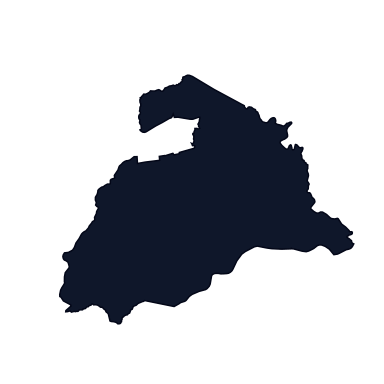 Altos Del Rosario, Bolívar, Colombia (Mercator projection), rotated 169°
{"feature_id": "7082276B5966279744772", "entity_name": "Altos Del Rosario", "entity_type": "district", "adm_level": 2, "iso_a3": "COL", "parent_name": "Colombia", "parent_adm1": "Bolívar", "projection": "mercator", "projection_center": [-74.186, 8.744], "detail": "fine", "context": "isolated", "style": "filled", "palette": "ink", "viewbox_px": 384, "rotation_deg": 169, "n_neighbors": 0, "source": "geoboundaries", "source_scale": "gbopen_adm2", "svg_char_len": 5939}
<svg xmlns="http://www.w3.org/2000/svg" viewBox="0 0 384 384"><g transform="rotate(169 192 192)"><path d="M213.5,299.2L214.6,298.1L217.1,297.2L218.8,296.8L220.8,297.3L221.4,296.8L221.9,295.9L222.3,295.9L223.2,295.4L223.7,294.6L224.7,294.5L224.4,293.5L225.4,293.0L225.4,292.2L225.7,291.8L225.9,289.5L225.5,288.7L225.7,286.9L226.0,286.0L226.8,285.3L227.6,282.4L228.1,281.5L227.6,280.6L227.5,279.6L228.4,277.9L229.0,277.8L229.5,277.2L230.0,275.8L230.1,273.9L229.4,273.0L229.4,272.6L230.3,270.1L229.9,268.5L229.1,266.7L229.6,265.6L229.4,264.8L230.0,263.2L230.5,262.9L231.1,263.0L231.1,262.3L229.3,260.4L228.6,260.0L227.0,259.6L225.6,259.8L214.9,263.8L207.9,265.9L200.4,268.5L198.2,268.8L197.4,269.4L195.6,272.2L195.1,268.6L191.5,268.1L180.2,263.9L178.2,263.4L177.1,263.3L172.1,264.0L170.2,264.0L170.1,263.0L171.0,261.3L171.3,259.7L171.9,259.2L172.4,258.1L172.8,258.0L173.2,257.3L172.8,256.6L173.0,255.1L172.5,253.9L172.3,253.0L173.9,252.6L174.8,253.4L175.3,253.6L175.8,253.4L176.2,253.7L177.0,253.8L177.0,253.0L178.6,250.5L178.6,249.7L179.1,249.1L179.7,249.4L180.0,249.2L180.2,248.4L179.5,246.6L179.7,246.3L179.6,245.8L180.4,243.7L180.1,242.4L180.5,241.4L180.4,240.8L181.1,240.4L181.4,239.6L181.9,239.2L182.4,239.2L183.1,239.7L182.9,239.0L182.7,237.5L182.2,237.2L181.0,237.2L180.5,236.9L180.5,236.2L180.8,235.5L181.6,234.5L196.9,233.2L197.0,232.0L202.6,231.9L203.4,233.6L211.7,232.7L211.9,233.0L217.3,233.2L217.7,229.3L218.2,229.3L232.4,230.3L240.1,230.4L239.2,237.2L242.1,237.7L246.2,235.5L247.1,235.2L248.8,235.0L250.4,235.2L252.4,234.8L254.2,234.0L256.2,232.5L258.1,231.5L258.8,230.7L260.5,227.7L264.8,223.4L265.2,222.7L265.0,221.3L265.5,220.4L268.9,219.9L269.9,219.1L270.6,215.8L271.4,215.5L273.6,215.9L276.3,215.0L278.0,214.1L279.8,214.0L282.6,212.7L284.0,211.6L284.5,209.9L285.6,207.7L287.8,205.3L288.4,202.5L287.9,200.2L288.4,198.8L289.1,197.6L288.1,195.9L287.4,195.5L286.8,194.1L289.3,191.1L290.0,189.0L292.5,185.7L292.7,183.7L293.3,182.6L295.4,181.9L296.5,180.6L299.3,178.3L300.6,176.4L303.9,173.9L305.2,173.7L307.2,172.7L308.5,171.7L311.7,167.8L315.6,164.1L318.0,160.1L320.3,157.7L324.8,156.3L328.8,156.6L330.5,154.7L331.1,153.1L331.0,151.0L330.3,149.6L328.6,148.4L327.1,146.7L326.7,142.4L327.2,141.0L331.8,137.0L333.4,133.0L334.4,128.2L334.3,127.2L335.1,126.0L338.1,122.8L339.7,120.7L341.4,116.6L341.7,114.6L340.7,113.8L339.0,109.6L332.6,104.4L332.6,103.1L338.4,99.7L338.8,98.5L336.9,98.3L335.0,98.5L334.3,98.4L333.3,97.1L330.2,97.3L329.5,96.8L328.3,96.9L326.7,96.6L326.1,96.9L325.1,97.8L322.1,97.2L321.4,97.5L321.1,98.2L319.8,97.9L318.7,98.0L317.5,99.2L315.7,99.2L314.6,100.1L312.8,100.2L311.4,101.3L311.1,101.3L310.1,100.0L308.4,99.8L306.4,99.1L305.2,98.0L303.8,96.4L302.0,95.9L300.8,93.9L299.4,92.4L299.3,90.9L297.6,88.8L297.4,87.9L297.1,81.0L296.0,80.3L293.6,79.6L291.7,78.7L290.8,77.9L289.9,76.7L288.0,76.5L287.1,76.9L286.9,77.8L286.3,77.8L285.9,78.1L285.9,79.2L285.1,80.0L284.6,81.8L283.7,82.4L283.1,82.5L282.0,83.4L280.3,83.8L278.8,83.8L277.9,84.7L276.3,85.1L275.1,87.1L274.8,87.9L273.1,88.3L271.6,90.7L270.4,91.2L268.4,91.5L266.2,92.9L261.5,93.9L260.3,93.9L259.2,94.5L231.4,83.0L226.0,84.8L224.3,85.6L219.9,86.1L218.5,86.7L214.6,90.0L211.4,91.5L204.0,93.1L197.3,93.6L195.6,94.3L193.1,96.2L191.7,98.2L188.8,105.9L187.7,107.1L185.4,107.7L183.7,107.5L181.7,107.1L179.4,106.2L177.3,105.8L173.3,105.3L171.5,105.3L169.5,106.0L167.9,107.0L166.6,108.4L161.1,115.9L155.0,121.5L151.0,123.4L141.2,126.3L138.2,126.4L129.6,122.9L124.7,121.2L114.9,118.8L105.4,117.3L105.2,117.7L104.4,117.1L103.2,116.8L95.2,112.9L91.3,111.6L88.7,111.8L86.0,112.5L83.3,113.3L79.0,115.5L76.7,115.7L74.8,115.2L71.6,113.2L68.1,109.7L64.7,103.4L60.9,103.3L59.2,103.7L51.7,105.9L48.8,106.0L46.9,106.4L45.1,107.7L43.1,110.2L44.3,111.1L44.8,112.2L44.7,113.5L44.8,113.9L46.1,115.3L46.3,115.8L48.4,117.8L48.4,118.4L47.9,119.1L46.7,119.2L46.3,119.8L44.6,119.8L43.2,120.1L42.6,120.7L42.3,122.0L43.0,122.6L44.4,122.8L44.9,123.2L45.2,124.2L47.9,128.3L51.2,131.9L53.6,137.9L54.3,138.4L57.1,138.3L60.1,139.3L61.4,140.4L64.2,144.3L67.7,147.4L69.6,147.8L72.1,147.1L73.9,147.7L76.1,149.6L78.5,152.7L78.5,153.6L77.9,154.6L73.8,158.1L73.3,158.8L73.2,159.2L73.3,161.2L74.2,162.8L75.1,163.6L75.8,167.2L76.2,168.3L76.9,168.9L78.5,169.3L78.9,170.1L79.0,170.8L78.7,171.6L77.3,172.9L76.7,175.2L76.7,176.1L76.2,176.4L75.6,177.3L75.6,177.9L76.6,180.3L76.7,181.3L74.6,185.7L74.4,187.5L75.0,190.7L74.5,192.1L73.9,192.9L73.5,195.0L73.3,195.5L73.2,196.7L74.5,197.6L74.6,198.9L76.1,200.1L76.0,201.5L76.5,202.0L77.0,202.0L77.3,202.6L77.3,203.0L77.8,203.0L77.8,203.3L77.4,206.6L77.9,208.9L77.0,210.3L76.3,210.9L74.9,213.2L74.8,214.3L75.3,214.8L77.2,214.7L78.3,215.3L80.1,218.3L81.2,218.9L81.6,218.7L83.5,214.4L84.4,214.1L85.1,214.2L85.7,215.1L85.5,217.0L85.8,218.0L85.6,218.7L86.0,219.4L86.3,219.5L87.5,219.0L89.4,216.2L90.0,215.9L91.0,215.9L92.4,217.2L94.9,220.6L96.1,223.1L96.1,223.9L95.3,225.1L92.9,225.9L90.9,226.3L88.5,227.4L87.6,228.3L87.3,229.7L87.4,234.0L86.9,235.4L85.5,237.3L81.2,240.2L80.9,240.9L81.3,241.7L82.6,241.8L84.5,241.2L86.0,241.3L87.3,240.1L88.6,239.5L89.9,239.2L91.9,240.6L95.5,242.2L97.1,243.6L96.2,245.8L96.2,247.5L96.4,248.2L96.9,249.0L97.8,249.4L98.9,249.4L100.2,249.1L101.6,248.3L104.0,246.2L104.9,245.8L106.2,245.8L109.1,247.3L110.0,248.1L110.0,248.9L111.2,250.9L111.5,252.3L111.6,254.7L112.0,255.6L112.2,257.4L112.5,258.1L113.8,258.7L113.9,260.2L114.2,260.9L115.9,262.0L117.4,263.8L119.5,264.6L120.5,264.5L120.9,264.3L121.6,263.2L122.4,263.1L122.8,263.3L124.2,265.1L124.2,266.7L150.8,288.5L169.5,305.3L172.2,307.0L173.9,307.5L175.4,307.3L177.3,306.6L178.8,306.6L179.3,305.8L179.4,304.9L180.4,304.0L180.2,303.1L180.3,302.7L181.0,302.2L181.8,302.0L183.1,300.7L183.6,300.9L184.1,300.9L185.3,299.7L186.4,300.3L187.9,299.6L188.7,299.6L190.0,300.5L192.0,300.2L194.0,300.3L196.2,299.5L198.7,299.2L199.8,297.9L201.6,296.5L202.9,296.8L204.3,298.3L205.1,298.8L206.8,298.7L208.9,298.2L210.9,298.5L213.5,299.2Z" fill="#0f172a" stroke="#020617" stroke-width="1.5"/></g></svg>